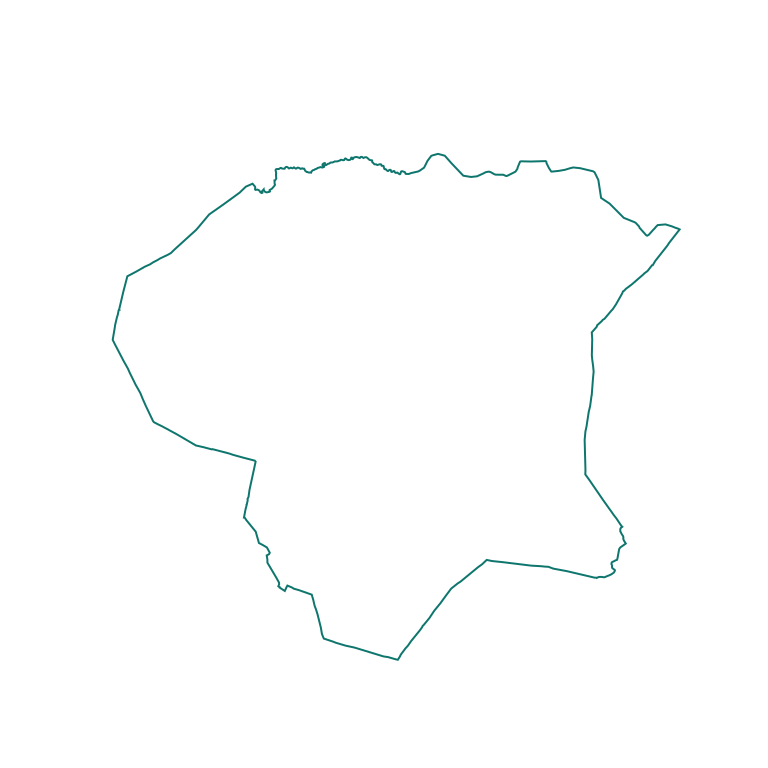 the district of Riebiņu pag., Riebinu, Latvia, rotated 16°
{"feature_id": "27541924B17369657995455", "entity_name": "Riebiņu pag.", "entity_type": "district", "adm_level": 2, "iso_a3": "LVA", "parent_name": "Latvia", "parent_adm1": "Riebinu", "projection": "mercator", "projection_center": [26.752, 56.344], "detail": "fine", "context": "isolated", "style": "outline", "palette": "teal", "viewbox_px": 768, "rotation_deg": 16, "n_neighbors": 0, "source": "geoboundaries", "source_scale": "gbopen_adm2", "svg_char_len": 6165}
<svg xmlns="http://www.w3.org/2000/svg" viewBox="0 0 768 768"><g transform="rotate(16 384 384)"><path d="M107.6,351.2L108.0,367.4L108.8,383.9L108.9,385.0L109.1,385.4L108.8,385.4L108.6,386.3L109.0,390.7L108.9,393.7L109.3,401.8L109.6,403.4L111.0,416.1L111.1,416.4L114.3,419.9L127.6,433.9L133.6,439.8L136.5,443.3L145.5,453.2L152.2,459.8L156.3,465.0L160.9,470.5L172.2,483.3L173.3,484.1L177.5,485.0L181.6,485.7L198.5,489.4L220.4,495.0L220.6,494.9L228.0,494.5L236.6,494.3L237.1,493.9L254.2,493.5L258.4,493.7L268.7,493.6L280.9,493.3L282.0,494.0L283.9,522.9L284.9,529.9L284.5,532.2L285.0,533.1L285.3,537.1L285.3,537.3L285.1,537.7L285.3,537.9L285.4,539.9L285.4,542.1L286.2,550.8L286.6,550.6L289.2,552.8L301.4,561.3L307.6,571.3L312.3,572.3L316.5,573.4L320.7,577.7L320.4,579.3L318.5,581.1L320.3,584.9L320.9,587.0L321.2,587.9L334.1,600.1L337.8,603.8L338.4,605.3L338.2,607.6L339.9,608.1L339.9,608.5L345.7,610.3L346.2,606.8L346.7,604.4L351.7,605.0L353.6,605.6L358.7,605.6L372.6,606.4L375.6,611.2L378.5,616.4L380.7,619.3L383.7,623.9L390.4,635.5L393.3,641.5L396.3,645.3L406.0,645.7L408.9,646.0L419.2,646.1L428.1,645.5L458.6,646.0L463.2,645.4L470.5,645.4L473.3,645.3L474.3,642.0L474.8,639.3L477.6,632.0L479.1,629.0L481.2,622.9L481.2,623.0L486.2,611.3L487.6,607.5L487.9,605.7L488.4,605.1L492.1,596.6L494.8,588.1L498.6,579.3L502.1,569.7L505.0,562.1L509.8,555.4L512.0,552.9L524.8,534.3L528.1,530.1L531.2,524.8L536.6,524.4L548.0,522.4L575.7,518.0L585.0,515.9L589.4,515.1L592.4,514.4L597.7,514.8L611.3,513.5L639.8,512.1L641.6,511.6L642.0,511.8L642.4,511.3L643.9,510.2L646.7,509.4L648.6,509.2L649.5,508.8L651.9,506.8L652.8,506.2L655.0,504.3L656.7,502.2L657.1,501.4L657.4,500.0L657.3,499.4L657.1,499.2L654.2,498.0L653.6,497.1L653.3,495.6L652.2,494.3L652.1,493.0L652.1,492.7L652.8,491.9L653.8,491.1L655.3,489.6L656.0,489.1L656.3,489.0L656.3,488.7L656.5,488.1L656.5,487.3L655.6,478.3L655.7,477.2L656.4,475.7L660.3,470.9L660.4,470.7L657.7,468.3L656.6,466.7L656.4,465.5L655.8,464.4L653.6,462.5L652.6,461.3L651.8,460.6L651.5,459.6L651.1,458.1L651.4,456.9L652.4,455.6L652.2,455.5L650.7,454.5L644.5,449.2L641.6,447.1L626.4,435.0L607.4,419.3L602.4,415.4L601.8,412.8L601.0,410.0L592.3,382.5L590.7,374.1L590.4,369.2L588.5,354.5L588.2,348.2L586.7,338.0L586.8,337.7L583.4,321.2L582.1,314.3L580.1,309.2L577.5,303.3L575.9,299.2L571.8,283.5L569.5,277.1L572.7,270.4L572.7,268.8L576.0,263.5L576.6,262.0L577.9,260.7L582.4,250.7L583.3,249.0L585.0,243.7L588.0,231.2L588.2,229.1L589.1,228.2L590.3,225.8L594.5,220.3L600.0,211.9L603.1,207.2L603.7,206.0L606.2,202.7L608.9,196.0L609.6,195.7L610.8,191.0L618.1,173.2L619.2,169.7L625.6,153.9L623.7,153.6L621.1,153.5L617.2,153.1L610.6,153.0L603.3,155.8L602.2,157.7L601.2,160.0L600.2,161.8L597.5,167.4L596.3,168.8L595.9,168.9L595.0,168.7L586.6,163.4L585.8,162.3L581.5,159.7L580.3,159.4L568.7,158.2L551.1,148.4L541.4,145.3L533.8,128.8L528.1,122.5L527.1,122.1L526.2,121.9L512.9,122.5L506.2,123.7L503.2,125.4L499.1,128.1L493.2,131.0L486.7,133.6L486.1,133.6L483.1,131.0L479.5,127.1L478.8,125.7L478.3,125.3L477.9,125.2L463.7,129.7L454.2,132.2L453.5,132.8L452.8,138.8L452.9,140.4L451.9,143.5L451.5,144.0L445.1,149.9L444.1,150.4L440.8,150.0L433.7,152.0L432.0,151.9L428.4,151.0L426.7,150.9L426.0,151.1L424.6,151.7L423.2,152.5L421.7,154.0L416.2,158.7L410.6,161.0L402.8,161.9L388.0,153.2L379.5,147.8L372.7,147.9L372.3,148.0L367.4,151.0L366.5,151.8L365.0,155.7L364.3,157.6L363.1,164.0L362.8,165.1L359.7,168.9L358.4,170.2L351.7,173.9L350.3,175.0L349.6,175.4L347.0,176.0L346.7,175.9L346.0,174.9L345.6,174.6L342.9,174.4L342.4,174.6L341.9,175.1L341.8,175.5L341.8,177.5L341.4,178.0L340.1,177.8L339.0,177.2L338.4,177.1L337.3,177.8L336.8,177.8L335.9,177.4L335.4,176.6L335.1,176.5L334.4,176.7L333.2,178.0L332.6,178.0L331.5,176.5L330.8,176.4L330.1,176.8L329.5,177.9L329.0,178.2L327.6,177.8L326.8,177.2L326.3,177.0L325.4,177.3L325.2,177.2L324.9,177.0L323.9,175.4L323.7,174.9L323.5,174.6L322.7,174.5L321.8,174.9L321.6,174.9L320.7,173.8L320.1,173.7L319.4,173.9L317.3,175.3L316.8,175.3L315.9,175.0L314.5,175.4L314.1,175.4L312.6,174.4L311.8,174.2L311.4,173.8L311.2,172.8L311.0,172.4L310.3,172.4L309.0,172.6L308.1,172.5L305.6,171.2L304.5,170.9L303.2,171.3L301.9,172.4L300.3,171.8L299.3,172.0L298.9,172.4L298.6,173.3L298.4,173.5L296.4,173.3L294.9,173.4L293.5,174.0L292.7,174.6L292.4,175.2L292.1,176.2L291.9,176.5L291.3,176.5L290.7,175.3L290.2,175.4L290.0,177.0L289.8,177.5L289.5,177.9L288.5,178.5L286.9,178.6L285.4,177.9L284.8,177.8L284.4,178.1L284.2,178.5L284.2,179.2L284.0,179.7L283.2,180.1L280.9,180.3L280.4,180.6L280.0,181.4L279.1,181.9L277.9,182.8L275.2,183.7L273.7,185.1L271.5,185.9L270.7,187.1L269.3,187.9L268.0,189.5L267.5,189.6L267.3,189.3L266.5,188.7L266.3,188.0L266.0,188.0L265.4,188.4L264.8,189.1L264.4,189.9L264.4,190.3L264.7,190.8L265.0,191.0L266.0,190.8L266.4,191.0L266.6,191.5L266.5,191.9L265.1,192.9L263.1,193.0L262.2,193.7L260.7,194.6L260.4,194.9L259.9,195.7L258.5,196.6L258.0,197.3L256.9,198.0L256.4,198.5L255.7,199.9L255.7,200.9L254.8,201.0L254.5,201.2L253.1,201.5L252.1,201.3L251.2,201.5L249.4,200.7L249.1,200.4L248.4,199.4L247.7,199.0L247.0,199.4L246.0,199.2L245.5,199.7L245.0,199.7L244.4,200.2L242.9,199.7L242.0,199.7L241.2,199.9L240.8,200.3L240.6,200.8L240.2,201.1L239.5,201.3L238.0,200.6L237.7,200.6L237.5,201.1L236.5,201.9L236.1,201.9L234.9,201.7L233.6,202.8L233.2,203.0L231.8,202.3L230.9,202.1L230.1,202.3L229.4,203.2L229.1,204.4L228.7,204.6L226.6,205.0L225.6,204.7L225.0,204.8L223.7,206.3L222.3,206.7L221.2,207.2L221.0,207.5L220.8,208.2L221.0,208.6L222.1,210.8L222.4,211.6L222.3,212.0L222.7,213.2L223.4,215.2L223.8,216.0L223.6,217.0L223.0,218.8L222.7,218.8L223.7,221.7L224.3,222.5L224.1,223.5L222.9,226.2L222.2,227.5L220.6,229.0L220.6,229.4L221.3,230.3L221.1,230.7L218.5,232.1L217.8,232.2L216.3,231.9L214.9,230.6L214.7,230.1L213.5,232.7L213.5,232.9L214.2,233.2L214.4,233.6L213.9,234.1L213.3,234.1L212.1,233.6L210.9,232.5L210.2,232.2L208.7,232.0L207.1,232.8L206.6,232.6L206.3,232.2L206.0,230.4L205.6,229.8L202.4,227.7L196.8,232.4L192.5,239.8L180.5,255.2L169.2,269.2L162.4,284.5L160.9,287.7L145.7,312.2L143.1,316.8L141.0,319.0L134.2,325.0L132.1,327.3L128.4,330.8L126.2,333.4L121.7,337.2L114.7,344.4L107.6,351.2Z" fill="none" stroke="#0f766e" stroke-width="2"/></g></svg>